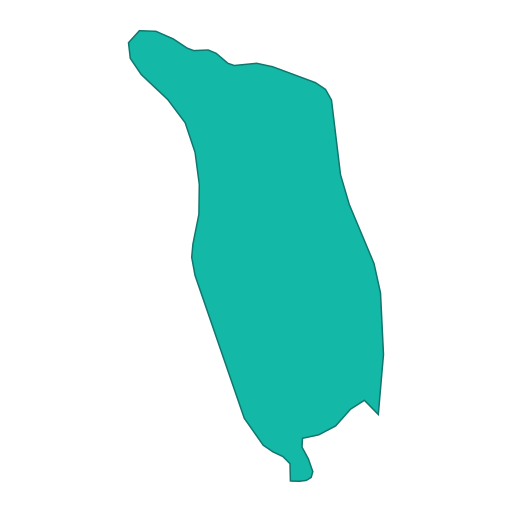 the District of Temburong, rotated 180°
{"feature_id": "BRN-1183", "entity_name": "Temburong", "entity_type": "District", "adm_level": 1, "iso_a3": "BRN", "parent_name": "Brunei", "parent_adm1": "", "projection": "orthographic", "projection_center": [115.184, 4.611], "detail": "fine", "context": "isolated", "style": "filled", "palette": "teal", "viewbox_px": 512, "rotation_deg": 180, "n_neighbors": 0, "source": "natural_earth", "source_scale": "10m", "svg_char_len": 753}
<svg xmlns="http://www.w3.org/2000/svg" viewBox="0 0 512 512"><g transform="rotate(180 256 256)"><path d="M221.6,31.0L222.0,48.3L229.0,55.4L239.0,60.1L248.8,66.8L267.7,93.7L317.0,236.7L320.3,254.7L319.1,267.8L313.1,297.7L312.7,327.5L316.9,359.5L326.8,389.2L344.2,412.4L370.7,437.4L381.7,453.6L383.5,469.3L372.6,481.3L356.1,480.7L338.6,473.0L324.9,463.9L318.3,461.4L303.8,462.0L295.9,458.7L284.1,448.7L277.8,446.5L255.3,448.7L239.5,445.3L196.5,429.3L186.5,422.6L180.5,411.9L171.5,337.3L162.7,307.4L138.0,248.5L131.5,219.1L128.5,157.5L133.7,97.5L147.6,111.7L161.4,102.9L176.3,86.1L193.2,77.2L209.5,73.7L210.0,64.9L203.6,53.0L199.2,40.4L200.8,34.6L205.7,31.6L212.8,30.7L221.3,31.0L221.6,31.0Z" fill="#14b8a6" stroke="#0f766e" stroke-width="1.5"/></g></svg>